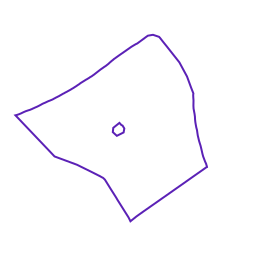 Tuban, Lahij, Yemen, rotated 52°
{"feature_id": "15242507B16919721159288", "entity_name": "Tuban", "entity_type": "district", "adm_level": 2, "iso_a3": "YEM", "parent_name": "Yemen", "parent_adm1": "Lahij", "projection": "mercator", "projection_center": [44.806, 13.084], "detail": "fine", "context": "isolated", "style": "outline", "palette": "violet", "viewbox_px": 256, "rotation_deg": 52, "n_neighbors": 0, "source": "geoboundaries", "source_scale": "gbopen_adm2", "svg_char_len": 2473}
<svg xmlns="http://www.w3.org/2000/svg" viewBox="0 0 256 256"><g transform="rotate(52 128 128)"><path d="M203.0,183.5L202.9,176.0L203.0,173.4L203.3,166.7L203.8,157.3L205.4,126.4L207.2,90.5L207.4,89.8L206.9,89.5L204.5,88.6L204.4,88.5L201.8,87.9L199.3,87.1L196.7,86.3L194.1,85.2L191.8,84.1L189.2,82.9L186.8,81.8L184.4,80.9L181.8,79.9L179.2,78.7L176.8,77.6L174.5,76.3L172.1,74.9L169.7,73.9L167.2,72.6L164.8,71.3L162.4,69.8L160.3,68.3L157.9,66.9L155.6,65.7L153.1,64.4L150.8,62.8L148.7,61.1L146.6,59.4L144.2,57.8L142.1,56.3L141.0,55.2L135.3,53.5L123.8,49.8L107.9,47.1L90.1,47.2L87.9,47.2L81.7,47.3L76.7,47.3L75.3,47.4L70.0,50.9L69.8,51.2L67.5,55.5L67.4,57.6L67.1,68.7L66.7,70.4L66.1,75.2L65.3,90.1L65.0,97.1L65.1,97.4L65.1,98.2L65.1,99.1L65.1,100.0L65.2,101.1L65.2,102.0L65.3,102.9L65.4,103.9L65.4,104.8L65.4,105.6L65.4,106.6L65.4,107.5L65.3,108.4L65.2,109.5L65.2,110.4L65.1,111.5L65.1,112.4L65.0,113.3L65.0,114.1L65.0,115.2L65.0,115.5L65.0,116.3L65.0,117.2L65.0,118.3L65.0,119.2L65.0,120.3L65.0,121.3L65.0,122.4L64.9,123.5L64.9,124.6L64.8,125.4L64.6,126.4L64.6,127.3L64.5,128.2L64.4,129.1L64.3,130.1L64.1,131.2L64.0,132.1L63.9,133.3L63.8,134.1L63.7,135.0L63.6,136.0L63.5,136.9L63.4,137.8L63.4,138.8L63.4,139.7L63.3,140.7L63.2,141.6L63.2,142.6L63.1,143.6L63.0,144.6L62.9,145.5L62.9,146.3L62.7,147.3L62.6,148.2L62.5,149.1L62.4,150.0L62.2,151.1L62.1,152.0L61.9,152.9L61.8,153.9L61.6,154.8L61.4,155.8L61.3,156.8L61.1,157.7L60.9,158.7L60.8,159.8L60.6,160.9L60.5,161.7L60.4,162.6L60.2,163.5L60.0,164.6L59.8,165.5L59.6,166.5L59.5,167.4L59.3,168.3L59.2,169.2L59.0,170.1L58.8,171.0L58.5,171.9L58.3,172.8L58.0,173.6L57.7,174.7L57.5,175.6L57.3,176.5L57.1,177.4L56.9,178.3L56.6,179.2L56.4,180.1L56.2,181.1L56.1,182.0L55.9,183.0L55.8,183.9L55.6,184.7L55.4,185.8L55.2,186.6L55.2,186.8L54.9,187.8L54.7,188.6L54.5,189.4L54.3,190.4L54.0,191.3L53.9,192.2L53.6,193.0L53.4,193.9L53.1,194.7L52.7,195.7L52.4,196.6L52.1,197.4L51.8,198.3L51.6,199.1L51.3,200.2L51.1,201.1L50.9,202.0L50.7,203.0L50.5,203.8L50.2,204.8L50.0,205.6L49.7,206.4L49.4,207.3L49.1,208.0L48.7,208.9L99.8,203.9L105.2,203.4L125.6,190.8L130.4,188.5L131.0,188.2L146.5,180.8L148.3,180.0L148.3,179.9L150.6,179.0L151.8,178.4L152.9,178.2L154.5,178.0L165.7,179.2L167.7,179.4L175.8,180.2L177.8,180.5L183.7,181.1L192.5,182.0L198.6,182.6L201.2,183.1L201.6,183.2L203.0,183.5ZM118.8,139.5L118.7,131.6L121.6,131.4L122.7,130.8L126.1,131.2L128.8,134.2L127.3,141.6L121.9,142.5L118.8,139.5Z" fill="none" stroke="#5b21b6" stroke-width="2"/></g></svg>